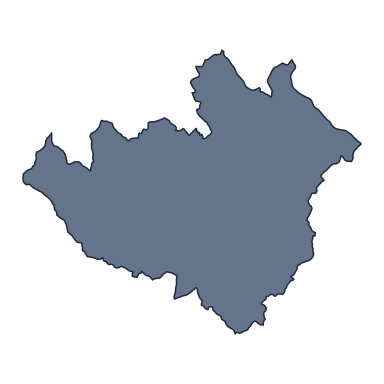 Mai Son, Son La, Vietnam (Natural Earth projection)
{"feature_id": "81297802B85756054610964", "entity_name": "Mai Son", "entity_type": "district", "adm_level": 2, "iso_a3": "VNM", "parent_name": "Vietnam", "parent_adm1": "Son La", "projection": "natural_earth1", "projection_center": [103.999, 21.168], "detail": "fine", "context": "isolated", "style": "filled", "palette": "slate", "viewbox_px": 384, "rotation_deg": 0, "n_neighbors": 0, "source": "geoboundaries", "source_scale": "gbopen_adm2", "svg_char_len": 5954}
<svg xmlns="http://www.w3.org/2000/svg" viewBox="0 0 384 384"><path d="M292.7,61.7L292.1,59.9L291.7,60.0L287.9,64.8L286.5,64.9L282.5,63.1L276.7,66.8L274.5,67.4L272.5,69.9L267.5,80.2L268.2,83.4L272.0,90.2L272.1,91.1L271.7,95.4L271.3,96.8L271.0,97.1L267.7,94.7L266.1,94.2L262.6,91.9L260.3,91.7L260.2,89.2L259.4,87.7L254.7,89.9L252.2,90.3L250.9,89.9L246.1,86.8L245.1,85.2L244.0,82.3L241.6,79.0L238.2,75.5L236.6,73.4L234.3,67.7L231.4,64.1L228.1,59.2L224.8,56.5L223.6,53.9L223.8,51.6L221.9,50.3L220.5,54.2L216.9,54.6L216.4,55.0L215.8,54.4L213.1,55.3L208.7,59.0L207.0,59.8L205.2,60.1L203.5,64.6L202.1,66.6L196.1,66.5L196.1,67.7L196.4,68.5L199.3,73.8L199.5,74.8L199.3,75.7L198.4,76.8L192.4,79.3L190.5,82.2L190.4,82.5L193.2,87.8L194.7,89.6L195.2,90.7L195.0,92.1L194.7,92.5L192.2,92.8L194.6,99.3L195.9,101.2L198.1,101.2L200.6,102.4L200.9,102.9L199.8,105.6L199.7,108.0L199.1,108.7L197.1,109.4L196.6,109.9L197.5,112.8L198.5,114.8L204.8,121.1L206.9,122.5L208.2,125.1L209.1,126.1L210.7,129.8L211.6,131.3L211.6,132.5L210.5,134.2L207.6,136.2L205.9,138.0L204.4,138.6L203.3,138.7L202.4,138.3L202.8,136.7L202.3,135.1L201.5,134.4L200.4,135.4L199.7,135.1L199.4,134.7L199.7,133.6L199.6,132.8L198.4,133.0L197.7,132.7L197.6,131.2L196.8,131.2L196.3,130.8L196.5,128.6L195.9,128.5L195.5,128.9L189.5,135.1L188.6,135.1L187.1,132.7L185.3,131.1L184.0,129.1L183.1,128.7L179.8,131.0L175.6,130.4L176.1,129.5L176.2,127.8L176.1,127.3L174.9,125.9L170.2,122.8L169.3,120.7L165.4,118.3L164.0,118.0L163.0,118.9L155.3,121.5L153.2,122.0L151.9,121.7L149.2,122.1L148.4,122.7L148.1,123.4L148.1,127.8L147.7,128.9L146.7,129.8L143.7,129.2L142.7,130.3L141.5,133.2L139.3,133.2L138.7,134.1L138.1,138.3L136.7,138.0L132.4,138.4L130.9,138.8L130.0,139.8L128.4,140.6L127.4,140.7L126.8,139.2L125.5,137.8L122.5,136.6L121.9,135.1L120.4,133.7L118.5,133.0L114.4,128.5L112.9,126.4L112.6,124.1L111.9,123.2L108.1,122.0L106.8,121.2L104.2,121.3L101.5,120.5L100.8,122.0L99.5,126.5L98.5,127.8L95.6,131.2L91.2,133.5L90.3,135.1L90.2,136.9L91.9,141.2L91.5,144.8L91.6,147.4L91.8,148.9L93.2,153.5L92.7,158.7L93.6,160.7L93.2,161.9L92.2,162.6L91.7,163.8L91.7,165.2L90.7,168.9L90.5,170.7L88.7,169.9L86.8,168.1L81.9,165.2L80.4,162.9L78.6,161.8L74.8,161.8L70.6,163.8L68.6,164.4L66.7,162.4L66.7,160.4L65.1,154.1L62.6,150.5L61.4,150.1L59.6,148.4L57.0,146.5L54.3,146.0L53.5,145.4L51.6,140.9L51.7,135.5L51.5,133.3L48.4,137.1L46.7,138.7L46.5,139.9L45.8,140.9L45.6,143.8L44.8,145.9L43.6,147.6L41.2,149.7L39.1,151.2L36.7,152.2L36.0,154.3L36.2,158.9L35.9,160.3L34.8,162.8L34.7,164.8L32.5,166.7L32.0,167.9L31.0,169.0L29.0,169.6L26.8,170.8L23.3,174.1L23.0,180.5L23.7,182.1L25.8,184.4L27.3,184.6L28.8,184.2L29.7,184.6L34.0,188.3L35.8,189.0L39.7,191.4L41.7,192.1L43.5,193.6L44.0,194.5L48.2,197.6L50.5,199.9L52.0,202.2L52.2,203.3L54.3,205.6L54.3,208.5L55.0,210.3L56.4,211.6L56.8,214.9L60.5,218.1L64.7,220.7L65.3,222.6L66.3,224.4L67.7,231.2L68.1,232.3L72.1,235.7L75.5,240.6L77.1,242.2L78.1,242.5L80.7,242.5L82.0,244.1L82.6,250.6L84.4,251.5L87.4,256.7L89.3,256.8L93.9,257.8L98.0,259.4L99.8,259.4L102.7,257.7L103.1,259.5L103.8,260.7L104.3,261.2L105.9,261.2L106.8,262.7L108.4,264.4L109.2,264.6L111.8,264.2L113.0,264.9L115.2,267.6L116.8,268.0L119.5,267.4L120.7,266.5L121.7,266.3L126.2,268.6L128.6,270.4L130.5,271.4L132.8,271.7L133.1,272.0L132.3,274.2L132.2,276.1L132.6,276.5L134.8,276.8L136.2,277.4L137.2,277.3L138.3,274.3L138.8,273.7L140.8,273.3L141.6,271.2L146.0,275.4L148.9,276.1L150.0,276.8L152.6,279.9L153.8,279.0L156.9,278.4L157.5,278.0L159.5,278.3L163.6,274.1L166.7,271.8L171.6,272.8L173.9,273.9L176.7,275.6L177.1,276.8L176.6,277.6L176.4,279.3L176.5,284.8L176.0,286.4L175.4,291.7L174.1,296.8L174.2,298.3L174.5,299.0L182.8,295.9L187.2,294.8L191.0,292.1L195.3,288.2L196.4,287.5L197.0,288.4L197.5,292.1L199.5,297.5L202.4,301.1L201.3,304.4L201.6,305.3L203.3,305.7L205.4,308.6L207.6,309.6L208.2,309.2L208.5,307.5L208.9,307.0L210.4,306.7L211.9,307.0L212.6,307.8L213.0,310.1L214.6,311.5L216.6,313.9L220.8,316.1L221.5,318.9L222.8,320.1L225.0,321.1L226.0,324.2L227.8,326.5L232.7,329.4L233.9,330.5L235.2,333.7L236.2,332.5L238.2,332.6L239.6,333.2L241.2,332.8L243.3,331.6L247.3,330.0L248.3,329.0L248.6,327.6L250.2,326.5L251.4,324.2L253.8,321.6L254.7,321.3L255.7,321.3L256.7,321.9L257.9,323.2L260.5,324.9L262.0,324.6L263.1,325.1L263.6,321.6L264.1,320.1L264.9,319.8L265.1,319.3L264.0,316.2L263.7,313.3L264.2,312.1L265.7,310.9L266.3,308.0L264.5,305.5L261.6,303.9L261.6,303.1L263.2,301.2L265.9,299.1L266.4,296.8L268.5,296.1L270.5,294.5L272.4,294.3L274.6,296.1L275.5,296.1L277.2,294.3L278.5,293.9L281.2,294.0L282.6,294.4L282.9,294.1L284.4,292.1L285.2,289.0L286.2,288.0L287.1,285.2L291.1,280.5L293.2,280.1L293.9,279.3L293.8,278.9L291.2,277.2L290.9,276.3L293.3,275.3L294.5,273.5L296.9,269.3L297.3,265.8L299.8,264.6L301.7,262.9L304.5,262.1L306.4,261.1L307.7,261.0L309.3,260.3L311.9,258.2L312.9,256.4L313.7,254.0L312.8,251.1L313.0,249.1L312.8,247.7L312.1,246.7L312.5,244.4L311.9,241.3L312.7,238.5L312.8,236.1L313.1,235.9L315.0,235.9L315.3,232.7L312.2,231.1L310.4,227.1L309.1,225.6L308.9,224.8L309.1,222.8L306.9,220.0L307.8,217.2L308.8,215.9L310.2,213.2L311.9,208.8L311.9,207.9L310.8,205.7L310.1,205.5L309.4,204.7L308.3,202.1L308.2,200.9L308.9,199.0L309.9,197.7L312.1,193.2L313.6,193.0L314.4,193.4L315.6,193.2L316.2,192.6L316.6,191.4L317.1,190.7L316.4,190.0L316.3,189.0L317.1,187.0L321.4,182.1L324.1,180.2L320.8,176.8L321.3,175.0L323.1,172.9L328.8,167.9L330.1,166.1L333.5,163.8L335.0,163.6L336.0,163.9L338.7,162.5L339.4,161.4L341.2,156.0L342.5,156.2L343.3,157.8L345.0,160.1L346.2,161.0L351.4,161.5L352.5,159.6L353.1,157.4L352.9,155.8L353.7,151.7L355.1,149.9L357.4,147.8L357.9,146.9L361.0,144.2L360.5,143.1L357.5,140.8L353.8,137.4L351.0,134.2L345.4,130.5L339.6,129.7L335.0,128.2L332.3,125.9L329.9,121.9L326.3,119.0L318.5,109.8L315.6,107.9L313.8,106.2L311.5,100.5L308.6,98.0L306.3,97.3L298.8,93.0L293.4,88.1L292.3,85.7L290.6,76.9L290.8,75.0L292.5,71.8L295.0,68.5L295.4,67.7L295.4,66.1L295.0,65.0L292.7,61.7Z" fill="#64748b" stroke="#1e293b" stroke-width="1.5"/></svg>